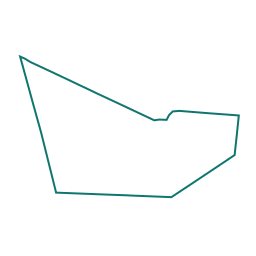 outline of Messias, Alagoas, Brazil, rotated 92°
{"feature_id": "56859067B80605076797224", "entity_name": "Messias", "entity_type": "district", "adm_level": 2, "iso_a3": "BRA", "parent_name": "Brazil", "parent_adm1": "Alagoas", "projection": "natural_earth1", "projection_center": [-35.824, -9.341], "detail": "fine", "context": "isolated", "style": "outline", "palette": "teal", "viewbox_px": 256, "rotation_deg": 92, "n_neighbors": 0, "source": "geoboundaries", "source_scale": "gbopen_adm2", "svg_char_len": 470}
<svg xmlns="http://www.w3.org/2000/svg" viewBox="0 0 256 256"><g transform="rotate(92 128 128)"><path d="M111.6,17.7L111.2,27.7L110.4,48.6L109.1,77.2L109.9,83.9L113.8,87.5L118.5,89.7L118.5,97.2L119.4,102.0L108.5,127.4L94.8,159.6L78.8,196.6L65.6,227.6L62.2,233.7L60.4,238.3L106.8,223.8L135.5,214.7L195.1,197.6L195.3,141.8L195.3,127.9L195.4,121.8L195.6,82.2L171.2,48.1L161.9,35.2L151.3,20.5L132.3,19.1L111.6,17.7Z" fill="none" stroke="#0f766e" stroke-width="2"/></g></svg>